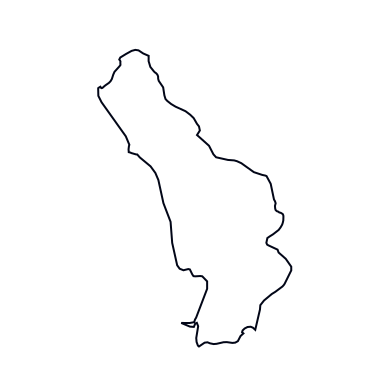 the border of Atlántida, rotated 241°
{"feature_id": "HND-637", "entity_name": "Atlántida", "entity_type": "Department", "adm_level": 1, "iso_a3": "HND", "parent_name": "Honduras", "parent_adm1": "", "projection": "equal_earth", "projection_center": [-87.125, 15.681], "detail": "fine", "context": "isolated", "style": "outline", "palette": "ink", "viewbox_px": 384, "rotation_deg": 241, "n_neighbors": 0, "source": "natural_earth", "source_scale": "10m", "svg_char_len": 2088}
<svg xmlns="http://www.w3.org/2000/svg" viewBox="0 0 384 384"><g transform="rotate(241 192 192)"><path d="M53.5,123.2L54.8,122.7L58.6,123.3L62.2,124.9L71.6,132.3L75.2,132.8L75.3,131.0L73.1,128.2L75.3,124.9L82.7,119.1L78.6,126.3L77.1,130.8L79.0,132.8L80.1,134.7L100.0,158.3L106.5,161.9L113.3,160.1L114.5,158.5L116.7,153.9L117.7,152.5L119.8,152.3L125.3,152.6L126.4,151.4L127.7,146.6L130.9,144.0L135.1,143.5L157.1,150.0L176.3,158.8L196.1,161.6L218.8,168.4L226.4,169.2L234.5,168.2L247.6,163.1L251.4,162.3L251.9,161.4L255.5,157.8L256.3,157.3L257.5,156.0L260.1,157.2L262.7,159.1L263.7,160.1L272.8,161.1L314.4,156.4L321.5,156.7L328.0,160.1L328.4,160.5L328.5,162.9L327.0,163.0L326.7,163.2L326.5,163.9L326.6,164.9L327.0,166.4L327.3,168.2L327.7,172.2L328.4,174.5L329.7,176.7L332.8,180.0L334.7,182.5L337.1,189.5L337.8,191.0L339.8,192.0L340.9,192.7L341.7,192.8L343.1,192.6L343.8,193.6L344.4,194.5L344.7,201.2L344.7,207.6L343.8,211.3L341.8,213.9L336.8,216.5L332.1,220.1L327.5,217.5L321.6,216.2L316.2,217.1L314.7,217.5L313.3,218.2L311.5,218.6L309.6,218.4L307.4,217.3L305.3,216.8L297.5,217.5L289.9,214.7L286.2,213.9L283.7,214.5L279.1,216.4L274.6,219.0L265.8,225.5L260.4,227.9L255.8,229.3L249.2,229.4L246.0,229.9L242.0,228.7L239.4,224.0L224.2,229.3L214.6,229.0L210.7,229.9L202.6,239.0L199.2,244.2L197.1,246.3L193.3,249.1L179.4,255.7L172.9,261.7L170.8,264.1L169.8,264.9L161.0,264.8L145.8,260.1L143.6,260.1L141.6,259.7L139.6,257.8L137.1,256.7L135.6,256.4L134.1,256.9L133.0,257.9L131.8,258.4L130.8,259.5L129.6,260.2L128.5,260.7L127.2,260.5L126.1,260.0L122.9,258.1L121.1,256.5L119.8,255.1L118.2,252.5L116.8,249.4L115.7,242.3L115.5,238.6L115.2,235.6L111.5,232.4L109.6,232.2L108.5,232.8L100.1,238.9L97.1,238.4L88.1,241.6L78.6,242.6L75.3,240.8L66.8,228.5L66.1,227.1L65.5,225.3L64.3,216.5L64.1,212.3L62.2,202.4L59.9,196.9L56.3,194.5L40.8,180.5L43.8,179.5L45.7,178.0L47.0,175.1L47.1,171.9L46.4,169.2L45.1,167.8L43.4,168.4L42.5,164.6L39.3,159.8L39.3,156.8L40.4,154.2L43.8,149.7L45.3,146.8L47.3,139.9L48.5,137.2L50.9,134.4L53.0,132.7L54.1,130.0L53.5,123.2Z" fill="none" stroke="#020617" stroke-width="2"/></g></svg>